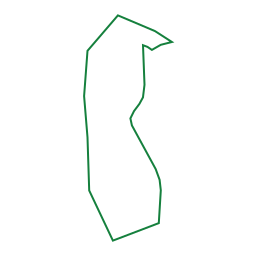 map outline of Al Daayen (Robinson projection)
{"feature_id": "QAT-5487", "entity_name": "Al Daayen", "entity_type": "Municipality", "adm_level": 1, "iso_a3": "QAT", "parent_name": "Qatar", "parent_adm1": "", "projection": "robinson", "projection_center": [51.482, 25.509], "detail": "fine", "context": "isolated", "style": "outline", "palette": "green", "viewbox_px": 256, "rotation_deg": 0, "n_neighbors": 0, "source": "natural_earth", "source_scale": "10m", "svg_char_len": 398}
<svg xmlns="http://www.w3.org/2000/svg" viewBox="0 0 256 256"><path d="M171.9,42.0L160.8,44.8L151.9,49.9L147.5,46.9L143.0,45.2L144.5,84.8L143.1,96.3L143.0,97.3L139.4,103.9L134.0,111.1L130.4,118.4L131.9,125.4L155.7,169.1L159.6,179.8L160.8,190.3L158.8,223.1L112.9,240.6L89.2,190.5L87.5,137.4L84.1,96.1L87.5,50.8L117.9,15.4L155.0,31.1L171.9,42.0Z" fill="none" stroke="#15803d" stroke-width="2"/></svg>